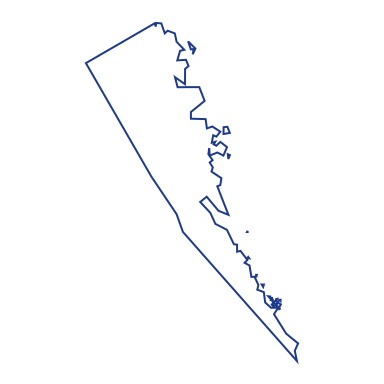 East AreAre, Malaita, Solomon Islands
{"feature_id": "97153195B49171741806918", "entity_name": "East AreAre", "entity_type": "district", "adm_level": 2, "iso_a3": "SLB", "parent_name": "Solomon Islands", "parent_adm1": "Malaita", "projection": "natural_earth1", "projection_center": [161.264, -9.266], "detail": "medium", "context": "isolated", "style": "outline", "palette": "blue", "viewbox_px": 384, "rotation_deg": 0, "n_neighbors": 0, "source": "geoboundaries", "source_scale": "gbopen_adm2", "svg_char_len": 1916}
<svg xmlns="http://www.w3.org/2000/svg" viewBox="0 0 384 384"><path d="M85.9,63.1L151.3,176.5L176.6,214.2L182.9,231.9L296.9,361.0L294.8,350.8L298.1,343.4L286.2,333.7L274.0,314.2L278.2,307.7L271.1,307.8L265.2,302.5L263.8,292.1L257.3,289.7L258.4,285.0L254.5,276.7L251.4,276.9L249.5,265.5L244.6,262.8L247.4,260.0L240.5,250.9L237.1,251.7L237.1,244.7L233.9,244.2L226.9,229.8L215.4,223.9L210.3,212.8L200.2,202.0L206.7,196.7L218.5,210.8L228.4,214.8L217.3,186.3L220.3,185.1L221.4,178.2L211.5,171.6L212.8,167.4L209.7,162.5L212.6,160.2L208.4,154.2L209.2,148.0L209.7,155.6L217.4,152.5L223.4,155.6L227.0,147.1L220.3,141.9L216.4,145.7L213.7,144.4L215.3,141.8L211.8,142.8L213.2,135.3L216.4,136.6L220.3,131.7L212.4,126.5L206.9,128.4L205.6,119.1L190.9,118.7L190.9,112.0L204.6,100.9L199.3,87.1L177.6,87.2L175.0,77.2L185.0,84.2L185.1,68.9L188.5,66.0L186.0,59.8L177.3,60.4L180.1,50.8L184.3,49.8L176.6,41.8L174.8,33.4L167.6,30.7L164.8,33.4L161.3,23.4L156.2,23.0L155.7,26.6L154.7,23.3L85.9,63.1ZM229.8,132.9L227.4,126.8L223.6,127.2L223.5,134.0L229.8,132.9ZM192.7,54.3L195.4,48.6L188.1,41.4L190.8,49.3L193.6,49.1L192.7,54.3ZM280.9,304.4L278.0,302.8L275.9,305.5L279.5,307.0L280.9,304.4ZM228.3,159.0L229.9,155.1L227.8,154.2L228.3,159.0ZM278.4,301.4L274.8,301.1L273.6,302.6L276.0,304.3L278.4,301.4ZM263.2,286.9L263.9,284.5L261.7,284.5L263.2,286.9ZM272.3,299.9L272.0,297.1L270.9,300.0L272.3,299.9ZM256.2,277.4L256.8,274.9L256.1,274.9L256.2,277.4ZM270.3,298.6L270.2,296.5L268.3,296.3L270.3,298.6ZM274.2,306.5L273.6,304.7L273.0,305.9L274.2,306.5ZM275.8,300.5L277.1,298.9L276.2,299.0L275.8,300.5ZM272.7,305.9L272.4,303.8L271.7,304.5L272.7,305.9ZM249.2,258.3L248.2,256.9L247.4,258.0L249.2,258.3ZM279.8,308.8L279.1,307.9L279.3,309.1L279.8,308.8ZM272.7,301.8L272.8,300.4L272.1,300.7L272.7,301.8ZM280.5,300.9L280.5,299.8L279.6,300.0L280.5,300.9ZM247.6,232.0L247.6,230.9L247.0,232.0L247.6,232.0Z" fill="none" stroke="#1e3a8a" stroke-width="2"/></svg>